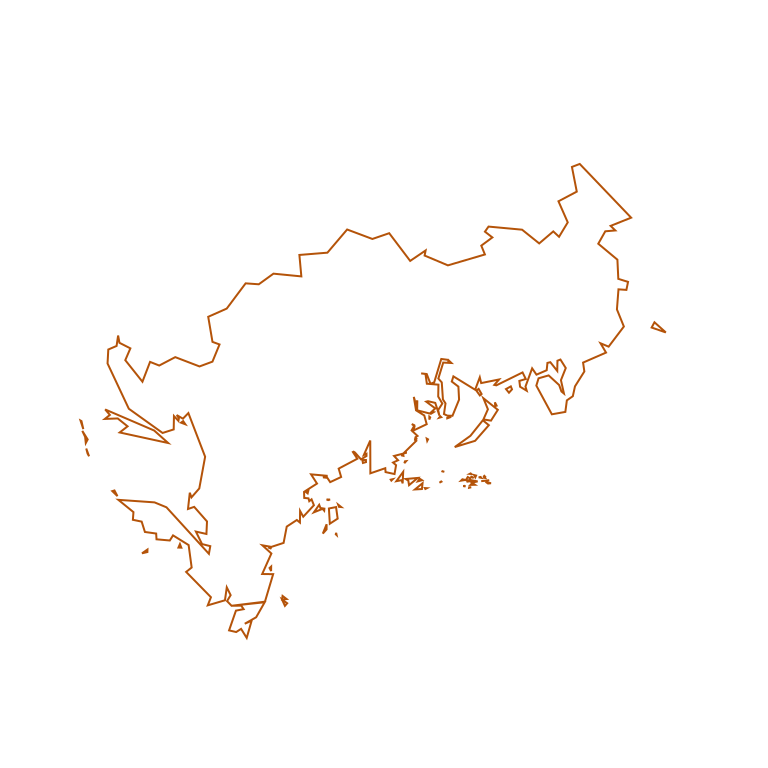 Russia, Albers equal-area conic projection, rotated 153°
{"feature_id": "RUS", "entity_name": "Russia", "entity_type": "country or territory", "adm_level": 0, "iso_a3": "RUS", "parent_name": "Europe", "parent_adm1": "", "projection": "albers", "projection_center": [98.07, 61.527], "detail": "fine", "context": "isolated", "style": "outline", "palette": "amber", "viewbox_px": 768, "rotation_deg": 153, "n_neighbors": 0, "source": "natural_earth", "source_scale": "50m", "svg_char_len": 6226}
<svg xmlns="http://www.w3.org/2000/svg" viewBox="0 0 768 768"><g transform="rotate(153 384 384)"><path d="M605.0,539.3L598.9,547.9L601.0,540.8L593.8,530.9L603.7,522.7L598.2,495.7L582.4,509.9L575.9,502.5L557.8,502.7L540.4,483.4L526.7,481.8L512.6,493.9L517.7,499.4L510.1,523.7L489.9,522.6L461.6,536.5L450.3,529.7L432.4,532.5L408.8,517.4L400.8,537.4L374.8,526.7L346.7,538.4L328.5,518.5L310.9,516.0L304.8,481.8L286.3,484.1L289.5,480.0L273.2,460.7L235.3,453.6L234.5,463.1L220.9,465.4L224.9,473.9L219.4,476.8L190.9,458.8L181.9,438.8L163.9,443.1L161.2,435.7L146.9,444.6L145.6,467.6L124.9,467.9L118.0,492.1L109.7,491.2L88.3,420.0L110.3,422.0L108.2,415.8L117.5,419.6L129.4,411.7L119.6,388.8L127.5,371.3L120.2,364.2L125.3,357.8L132.1,361.9L142.6,344.7L144.2,326.3L166.9,315.3L172.6,322.0L171.9,311.2L196.9,312.7L199.8,304.2L214.9,295.2L221.3,287.4L228.5,286.4L235.1,276.8L248.2,280.8L249.0,313.4L243.7,318.9L233.4,316.9L228.4,303.5L229.3,296.8L228.0,293.8L224.6,307.1L214.8,315.7L215.7,325.7L218.9,326.0L223.7,317.0L225.9,327.9L228.8,328.6L232.8,322.4L243.9,323.1L244.9,330.7L259.1,317.5L259.9,313.2L264.0,319.8L262.0,325.3L255.4,324.1L255.3,331.4L284.5,331.8L286.1,333.1L279.4,335.8L297.0,340.7L295.6,346.5L305.4,337.5L318.7,359.3L322.5,355.4L318.9,347.9L324.2,336.0L337.4,324.6L341.9,327.0L344.2,330.0L338.0,338.8L338.5,343.5L331.8,359.2L333.1,364.2L321.5,376.2L314.4,372.1L315.9,376.4L321.6,380.3L338.5,362.7L342.5,363.1L341.4,373.5L346.1,376.6L342.5,374.1L345.7,364.8L335.8,358.7L341.4,348.2L340.9,340.1L347.6,336.2L349.0,330.7L346.9,343.9L352.6,348.7L354.4,349.1L349.4,339.0L356.6,336.9L366.4,345.5L361.8,354.2L364.6,352.2L363.3,359.0L367.4,346.0L362.4,337.7L364.2,328.8L379.0,329.2L375.9,332.5L375.7,333.5L377.4,335.7L376.1,333.0L380.5,330.1L377.7,322.5L380.1,322.3L381.8,320.1L381.1,318.7L396.7,313.8L394.9,312.5L407.7,315.3L406.1,309.7L411.6,309.9L410.1,306.2L415.5,299.0L422.6,304.8L421.1,308.4L436.7,310.6L421.9,339.9L434.2,329.9L431.3,329.8L432.3,327.8L438.7,327.3L441.0,336.2L441.8,337.5L442.6,337.5L441.7,329.5L462.8,329.2L464.4,320.6L476.5,321.0L477.1,326.1L480.7,328.5L476.0,327.8L490.0,336.6L488.9,325.7L504.2,324.2L506.8,318.7L503.2,316.4L503.8,313.5L500.9,314.1L501.5,307.8L516.2,302.4L516.4,309.0L521.8,298.7L523.4,302.4L535.4,301.1L545.6,288.0L558.3,290.0L565.6,295.5L561.3,284.1L578.8,270.0L569.1,264.9L588.9,244.1L620.5,255.6L622.4,261.8L616.5,265.5L616.4,274.2L623.9,263.5L641.5,266.8L635.0,272.6L645.6,306.4L638.7,307.8L631.2,329.2L640.7,344.9L645.9,341.8L657.2,348.9L654.9,354.2L664.2,360.7L662.4,371.4L669.4,377.0L665.4,383.6L673.3,401.4L642.2,382.7L633.8,372.9L617.1,312.2L612.4,318.4L618.8,324.0L618.6,337.9L610.3,331.0L604.1,341.9L608.9,360.7L615.4,361.6L606.4,375.3L607.0,370.4L596.0,374.8L576.4,400.4L571.5,446.9L578.9,444.4L582.8,450.4L582.3,446.6L583.9,444.5L585.7,450.8L592.0,439.0L603.5,440.9L622.6,477.8L621.0,527.8L614.0,539.9L605.0,539.3ZM589.4,243.7L603.8,234.2L616.9,233.6L609.4,233.2L621.6,220.1L622.5,230.7L628.3,230.1L633.9,234.8L618.8,249.3L611.3,247.1L611.8,251.3L620.5,255.6L589.4,243.7ZM349.6,295.7L330.5,298.6L312.4,306.8L309.3,299.7L328.6,292.0L349.6,295.7ZM603.1,429.4L641.5,460.8L631.7,462.7L636.9,474.2L648.6,479.6L642.3,480.9L644.0,487.9L609.9,446.9L603.1,429.4ZM305.3,302.8L311.5,307.3L302.9,314.3L301.9,326.2L294.3,309.3L305.3,302.8ZM482.6,296.1L486.4,285.1L495.7,284.1L489.6,298.1L482.6,296.1ZM396.6,285.0L407.6,282.5L406.2,286.9L407.8,289.5L396.6,285.0ZM397.9,273.2L404.3,276.0L394.7,278.1L397.9,273.2ZM412.5,287.0L412.0,290.3L417.1,291.8L406.8,297.0L412.5,287.0ZM498.8,285.1L501.2,280.5L506.4,278.5L498.8,285.1ZM109.5,302.0L119.9,312.8L115.0,316.2L109.5,302.0ZM337.7,251.8L341.5,253.3L333.9,250.5L337.7,251.8ZM497.1,300.8L504.7,301.5L496.6,305.8L497.1,300.8ZM572.7,238.2L569.8,232.6L573.0,231.3L572.7,238.2ZM277.6,324.1L272.1,324.3L272.4,321.1L276.6,319.5L277.6,324.1ZM344.8,254.7L348.5,255.7L349.0,258.0L344.8,254.7ZM354.7,261.2L351.6,263.1L350.1,260.7L351.7,259.4L354.7,261.2ZM357.4,263.5L355.1,261.6L359.2,262.9L357.4,263.5ZM304.7,336.2L301.9,336.7L301.6,330.8L303.8,330.3L304.7,336.2ZM398.0,281.9L395.2,283.4L393.8,281.0L398.0,281.9ZM348.7,252.9L352.7,254.8L350.2,255.6L348.7,252.9ZM572.7,238.2L570.6,241.2L568.4,236.6L572.7,238.2ZM336.5,248.1L337.9,250.7L333.7,247.0L336.5,248.1ZM343.0,325.1L339.0,324.2L343.2,324.7L343.0,325.1ZM438.6,323.2L437.8,326.0L434.6,324.5L435.5,322.6L438.6,323.2ZM569.5,268.6L569.5,272.0L567.4,272.6L569.5,268.6ZM347.9,261.6L346.8,259.5L349.0,262.2L347.9,261.6ZM350.9,256.2L350.7,258.8L349.4,256.2L350.9,256.2ZM676.5,466.8L674.3,472.6L674.1,479.2L673.2,469.1L676.5,466.8ZM345.0,259.4L345.0,261.9L343.5,260.6L345.0,259.4ZM356.5,336.1L353.1,336.9L352.5,336.4L356.5,336.1ZM641.4,331.6L638.5,334.0L638.9,330.2L641.4,331.6ZM494.8,298.3L495.6,301.4L493.7,300.0L494.8,298.3ZM579.3,438.3L582.4,441.7L579.8,442.1L579.3,438.3ZM672.4,405.1L674.7,411.9L672.5,411.5L672.4,405.1ZM342.0,257.9L340.1,257.3L340.0,256.3L342.0,257.9ZM359.8,331.7L358.4,334.3L358.0,333.3L359.8,331.7ZM479.9,295.0L479.6,297.3L478.0,293.8L479.9,295.0ZM670.4,488.3L672.4,480.3L671.0,489.2L670.4,488.3ZM394.8,271.7L394.8,272.7L393.1,271.7L394.8,271.7ZM294.9,313.8L293.5,317.3L293.5,313.6L294.9,313.8ZM354.8,259.4L353.4,259.6L352.7,258.7L354.8,259.4ZM379.4,270.9L377.3,271.2L377.2,270.9L379.4,270.9ZM671.1,341.7L676.5,343.0L669.9,343.9L671.1,341.7ZM560.7,290.2L560.0,290.6L559.1,288.4L560.7,290.2ZM679.7,456.6L678.6,461.7L679.6,453.5L679.7,456.6ZM355.0,253.3L353.2,252.4L355.3,252.9L355.0,253.3ZM337.7,256.1L336.3,256.6L336.1,255.9L337.7,256.1ZM359.8,257.1L358.5,256.7L357.9,255.7L359.8,257.1ZM348.4,265.0L347.4,265.0L347.1,264.2L348.4,265.0ZM399.3,311.2L401.1,312.7L399.1,311.8L399.3,311.2ZM370.1,278.4L371.9,279.8L372.1,280.3L370.1,278.4ZM401.8,304.2L400.4,305.6L399.3,305.2L401.8,304.2ZM350.2,328.9L348.5,329.7L348.1,328.5L350.2,328.9ZM317.2,374.2L315.8,375.5L315.5,373.3L317.2,374.2ZM486.5,305.9L487.6,307.2L484.5,305.5L486.5,305.9ZM371.3,313.7L370.7,315.9L369.9,314.7L371.3,313.7ZM501.7,321.2L502.3,322.5L500.4,322.7L501.7,321.2ZM379.1,320.7L380.8,320.1L381.0,320.6L379.1,320.7ZM421.3,294.6L421.4,295.7L419.4,295.2L421.3,294.6ZM337.4,255.0L336.4,255.3L336.4,254.3L337.4,255.0ZM495.2,272.0L494.2,273.1L494.8,270.9L495.2,272.0Z" fill="none" stroke="#b45309" stroke-width="2"/></g></svg>